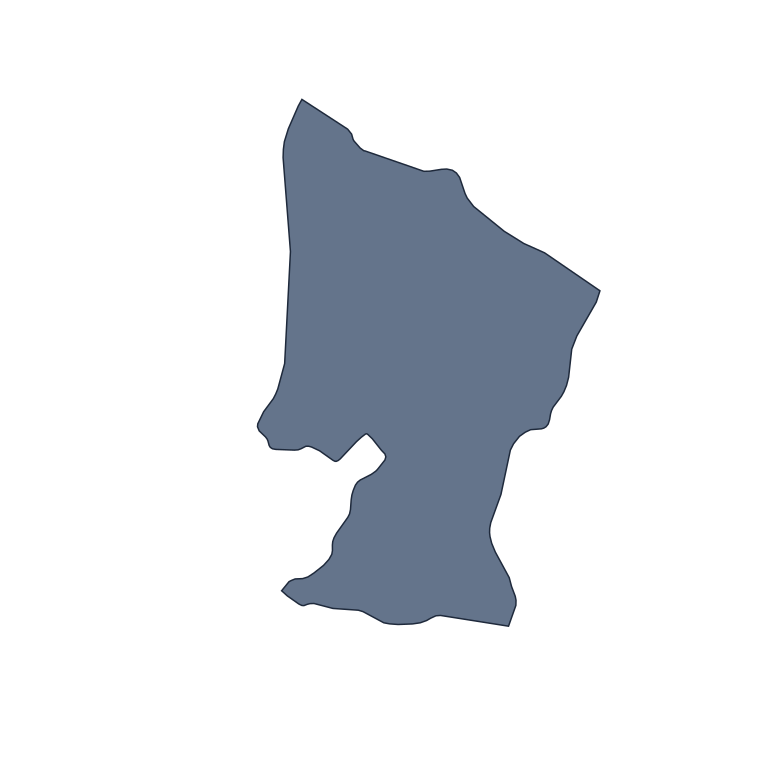 an SVG outline of Laghouat, rotated 225°
{"feature_id": "DZA-2193", "entity_name": "Laghouat", "entity_type": "Province", "adm_level": 1, "iso_a3": "DZA", "parent_name": "Algeria", "parent_adm1": "", "projection": "albers", "projection_center": [2.543, 33.694], "detail": "fine", "context": "isolated", "style": "filled", "palette": "slate", "viewbox_px": 768, "rotation_deg": 225, "n_neighbors": 0, "source": "natural_earth", "source_scale": "10m", "svg_char_len": 1911}
<svg xmlns="http://www.w3.org/2000/svg" viewBox="0 0 768 768"><g transform="rotate(225 384 384)"><path d="M297.2,602.6L291.8,592.0L281.6,554.3L275.9,541.4L258.2,519.3L253.9,512.0L251.3,505.7L249.9,500.7L248.0,487.2L246.8,483.8L245.2,480.8L241.6,475.7L239.6,471.8L239.2,468.4L239.8,465.8L241.0,463.6L248.0,455.4L250.0,449.9L251.2,442.8L250.1,433.3L247.9,426.6L223.2,388.6L210.5,361.5L207.3,356.8L204.2,353.5L201.2,351.1L195.2,347.5L186.5,343.9L158.5,335.6L150.6,331.0L141.1,326.7L137.7,324.4L134.2,320.7L124.7,300.8L180.4,260.3L183.4,256.8L185.4,251.4L186.6,246.9L189.5,240.8L194.2,234.5L204.0,223.9L210.5,218.3L215.3,215.0L237.9,208.2L242.2,205.9L261.4,189.2L278.3,179.3L281.0,176.4L282.5,173.9L283.9,170.7L285.5,169.3L288.7,168.2L302.5,165.8L310.2,165.4L311.4,177.1L310.5,179.8L309.0,183.3L303.9,188.9L301.4,193.7L299.9,200.8L298.5,213.1L298.9,221.0L300.5,226.7L302.7,229.8L306.6,233.6L308.8,236.3L310.6,239.9L312.1,245.1L315.3,264.1L316.5,267.8L318.9,271.5L325.4,279.0L328.2,282.8L330.5,287.0L332.7,292.3L333.3,295.9L332.9,299.4L329.1,311.1L328.2,316.4L328.2,318.8L329.6,330.9L331.2,333.8L333.9,335.2L338.9,335.3L353.5,337.0L359.7,336.9L361.0,336.6L361.7,335.6L362.4,330.3L362.7,323.7L362.0,300.1L362.3,297.5L363.0,295.7L364.0,294.7L366.0,294.0L382.4,291.2L390.7,288.2L393.3,286.7L395.2,284.8L396.9,279.5L398.2,276.7L400.6,273.9L414.2,261.3L417.1,259.3L419.6,258.8L421.7,259.3L425.9,261.7L427.7,262.4L430.3,262.8L439.1,262.6L443.2,264.3L445.1,266.6L449.5,279.3L451.9,295.4L453.5,300.4L455.6,305.4L468.7,328.2L543.8,411.5L615.4,472.7L621.1,478.8L625.8,484.9L632.1,496.8L641.2,520.0L643.3,527.2L589.9,538.5L583.6,537.8L578.8,535.1L576.9,534.6L567.7,534.0L563.1,534.7L562.4,535.3L506.2,562.6L502.2,566.8L495.2,576.4L491.6,580.4L486.8,583.5L482.0,584.4L476.5,583.5L461.4,576.0L456.6,574.3L446.1,572.9L406.9,577.0L384.5,582.2L363.2,590.3L297.2,602.6Z" fill="#64748b" stroke="#1e293b" stroke-width="1.5"/></g></svg>